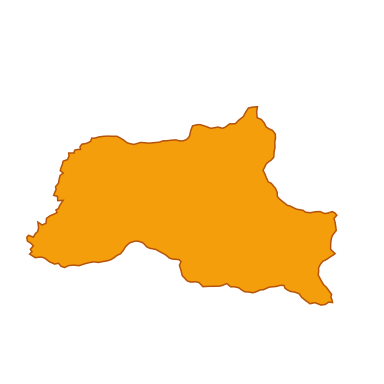 Nhandeara, São Paulo, Brazil (Albers equal-area conic projection), rotated 279°
{"feature_id": "56859067B33597746577156", "entity_name": "Nhandeara", "entity_type": "district", "adm_level": 2, "iso_a3": "BRA", "parent_name": "Brazil", "parent_adm1": "São Paulo", "projection": "albers", "projection_center": [-50.052, -20.672], "detail": "fine", "context": "isolated", "style": "filled", "palette": "amber", "viewbox_px": 384, "rotation_deg": 279, "n_neighbors": 0, "source": "geoboundaries", "source_scale": "gbopen_adm2", "svg_char_len": 2992}
<svg xmlns="http://www.w3.org/2000/svg" viewBox="0 0 384 384"><g transform="rotate(279 192 192)"><path d="M110.1,283.1L111.2,287.3L111.9,290.1L113.6,293.7L114.1,297.5L111.5,298.9L110.1,301.7L109.2,304.8L109.2,309.1L108.2,313.8L105.0,316.9L102.3,321.7L100.1,326.1L101.9,330.6L101.3,333.7L100.5,336.9L101.7,341.1L104.6,344.2L104.8,348.1L107.7,347.0L110.0,345.6L112.8,345.9L115.4,343.1L118.7,339.9L121.1,336.4L125.0,333.2L129.7,329.7L133.6,329.5L136.9,328.9L140.7,330.1L144.1,332.1L146.2,335.2L149.5,338.6L151.6,341.1L153.5,343.0L157.0,337.9L160.2,337.4L164.4,336.9L168.9,337.0L171.7,337.8L176.6,340.5L183.8,338.3L188.2,336.4L191.7,338.7L193.7,336.3L194.6,333.5L192.4,329.5L191.5,326.2L192.7,321.6L191.8,317.0L190.1,312.4L189.8,307.3L191.3,304.5L191.4,297.8L193.5,291.0L193.8,288.1L195.3,285.6L196.9,282.7L199.2,278.9L201.2,276.9L205.0,276.2L208.6,273.9L211.1,271.0L213.0,268.9L213.8,265.9L217.6,263.3L221.1,261.2L224.6,258.8L228.2,260.0L231.4,260.9L233.9,263.0L236.0,265.3L239.1,267.3L244.6,266.8L248.7,267.0L254.7,265.9L258.1,266.1L262.3,265.2L265.4,261.9L266.6,257.7L268.0,254.9L271.4,252.6L274.4,249.3L275.6,244.7L281.4,243.3L286.5,243.3L285.3,238.5L283.8,234.6L279.5,232.6L274.5,230.9L270.0,226.7L266.2,224.1L265.2,218.5L261.3,214.8L259.7,212.2L260.2,207.5L257.8,200.7L258.8,196.3L259.8,189.6L259.3,186.6L257.4,182.2L252.8,181.2L246.4,180.7L243.1,178.5L241.1,175.2L240.5,171.2L241.0,168.1L240.0,163.8L238.7,159.1L238.0,155.4L236.1,151.9L234.5,145.6L233.5,141.9L233.0,133.8L229.9,127.2L230.0,124.1L230.4,120.4L232.9,115.7L234.4,111.8L235.3,109.2L234.7,105.5L234.0,99.9L233.1,95.7L231.8,91.3L230.0,87.7L229.5,84.5L226.1,83.9L223.5,80.2L222.0,75.7L219.1,74.3L216.6,75.2L216.1,72.3L214.9,69.5L212.1,69.4L211.2,64.1L208.0,64.9L204.5,63.9L202.3,59.9L199.1,59.7L196.2,59.0L192.5,58.5L190.5,61.9L187.7,59.1L183.8,58.8L180.0,58.8L175.9,56.4L173.1,57.4L170.2,56.5L167.0,55.9L166.6,59.9L162.4,60.7L163.6,66.0L160.1,64.4L157.5,63.3L154.7,62.7L153.0,60.4L150.5,61.9L148.7,59.4L146.3,55.5L143.2,52.4L138.3,52.7L136.0,49.2L138.1,44.5L132.5,46.1L128.7,45.7L126.4,43.8L122.6,42.4L123.7,37.4L121.4,35.9L117.8,37.1L116.2,40.8L114.0,43.7L110.1,41.3L107.9,43.3L105.3,41.3L103.7,44.9L102.6,47.5L103.6,50.6L104.2,54.1L103.5,57.1L100.8,62.1L99.3,67.5L100.7,71.4L98.1,74.3L97.5,78.0L100.0,81.6L101.2,86.0L101.6,92.0L104.2,97.0L106.1,101.4L107.7,106.0L107.8,110.7L109.4,115.0L110.7,118.9L112.5,122.5L114.8,125.2L117.7,127.9L119.9,131.2L123.7,133.3L127.6,134.9L131.9,138.2L134.4,143.0L135.0,146.1L134.4,150.7L133.0,153.2L130.8,155.8L129.8,158.9L129.6,165.3L128.4,168.4L126.1,175.1L124.8,177.5L123.2,180.0L122.7,183.1L123.0,186.7L123.2,189.7L121.6,192.1L117.7,191.0L112.6,193.5L107.9,195.4L103.5,201.1L102.8,204.5L103.9,209.8L103.6,213.2L100.2,217.6L101.3,222.5L102.2,227.9L103.4,234.3L105.1,237.6L107.0,240.8L104.4,245.1L105.0,248.7L104.7,253.3L103.1,256.2L101.7,259.7L102.1,263.7L102.0,267.9L103.8,271.5L106.0,274.8L106.6,277.7L108.4,280.5L110.1,283.1Z" fill="#f59e0b" stroke="#b45309" stroke-width="1.5"/></g></svg>